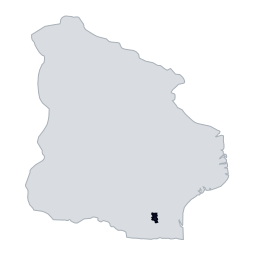 Afijio, Oyo, Nigeria (highlighted), rotated 271°
{"feature_id": "59680162B11241948791785", "entity_name": "Afijio", "entity_type": "district", "adm_level": 2, "iso_a3": "NGA", "parent_name": "Nigeria", "parent_adm1": "Oyo", "projection": "robinson", "projection_center": [3.925, 7.738], "detail": "fine", "context": "in_parent", "style": "filled", "palette": "ink", "viewbox_px": 256, "rotation_deg": 271, "n_neighbors": 0, "source": "geoboundaries", "source_scale": "gbopen_adm2", "svg_char_len": 4764}
<svg xmlns="http://www.w3.org/2000/svg" viewBox="0 0 256 256"><g transform="rotate(271 128 128)"><path d="M219.6,30.0L228.2,43.3L230.1,53.1L230.9,58.0L232.3,58.6L234.9,58.8L236.8,59.8L238.0,61.4L238.7,62.9L238.9,63.8L238.4,69.7L237.8,71.8L238.2,74.8L238.0,76.0L237.8,76.8L236.6,77.8L235.0,78.8L231.2,81.6L230.1,82.0L228.5,82.1L227.1,82.8L225.4,84.3L221.9,90.0L218.9,95.6L216.7,104.8L214.1,107.7L213.6,110.2L213.2,115.9L212.8,117.7L212.4,118.2L209.5,119.3L207.8,120.6L206.8,123.2L205.6,132.0L205.1,133.4L204.2,135.0L202.7,136.6L201.4,137.5L198.1,138.1L195.0,144.8L194.9,145.9L193.6,152.0L191.1,156.5L191.0,159.4L188.0,163.4L186.4,166.2L188.0,169.0L188.2,169.5L182.9,174.3L182.6,175.0L182.4,178.3L182.0,179.2L181.0,180.4L179.6,181.8L178.2,182.8L176.6,183.5L175.0,183.8L174.1,183.4L173.6,182.4L172.7,178.3L172.3,177.4L171.3,176.6L167.2,172.2L164.8,170.6L164.2,170.7L163.8,171.1L163.1,173.4L162.5,174.2L161.2,174.5L158.9,174.5L157.3,174.2L156.9,173.8L156.1,172.0L151.1,176.1L149.4,177.0L147.2,181.8L144.0,184.2L141.8,186.3L136.0,192.9L134.8,194.8L133.7,197.7L131.2,210.1L127.2,217.8L126.7,219.4L126.4,219.4L125.9,220.1L124.3,219.6L123.6,218.2L122.7,217.9L121.0,215.8L120.6,216.2L122.4,221.5L121.8,223.6L116.8,223.6L112.6,224.3L109.6,224.3L108.2,223.5L107.5,221.5L107.3,221.7L107.1,222.8L106.2,223.6L102.9,223.8L101.5,222.4L100.3,220.9L99.0,220.2L99.2,220.9L100.7,222.4L100.5,224.5L97.9,227.0L96.2,227.1L95.1,226.1L94.6,224.3L94.3,221.7L93.6,220.1L93.3,220.1L93.7,222.9L93.7,225.5L95.0,227.5L93.1,228.1L90.8,228.2L90.5,227.4L90.2,225.8L89.8,225.3L89.3,228.2L84.5,229.0L83.9,228.9L83.7,228.3L84.1,227.5L84.0,226.3L82.9,227.2L82.8,229.2L82.2,229.5L80.4,229.2L78.4,228.2L75.2,225.7L71.2,221.7L70.6,219.9L69.5,217.6L67.4,211.5L67.8,211.2L68.7,211.6L69.2,211.0L67.5,210.6L67.2,210.1L67.1,208.8L67.1,207.1L69.6,206.2L70.2,205.2L70.5,204.2L67.5,205.7L64.6,204.0L64.0,202.9L64.3,202.1L67.6,202.1L68.8,201.3L68.1,201.0L66.8,201.0L66.3,200.5L66.4,199.3L66.0,199.5L65.4,200.7L63.5,201.5L62.4,200.7L62.2,198.8L62.0,198.0L61.0,197.4L57.7,192.5L53.4,188.5L49.6,185.7L43.9,184.4L32.0,184.4L31.4,184.0L32.1,183.4L33.1,183.0L37.0,180.7L36.3,180.4L32.3,181.8L31.0,182.0L29.2,184.7L17.5,185.3L17.5,184.0L18.0,180.5L18.7,178.0L18.0,175.0L17.8,172.3L18.3,171.5L18.4,170.5L18.3,163.6L18.9,162.5L19.0,161.8L17.7,158.9L17.8,156.6L17.5,154.4L17.1,153.4L17.6,145.0L17.4,142.9L17.8,141.4L18.0,137.8L18.0,134.2L18.8,128.6L23.8,127.8L25.0,125.6L25.7,122.8L25.5,120.0L27.1,117.6L29.1,115.5L29.0,113.1L29.6,112.4L30.5,111.8L31.9,111.6L33.4,110.4L34.2,108.3L35.0,105.0L33.7,102.7L33.7,102.2L34.2,101.0L35.0,99.8L35.6,99.4L37.1,99.7L37.6,99.2L38.5,95.6L38.4,94.6L37.1,92.2L36.3,85.6L35.9,84.7L34.9,83.5L32.1,78.9L32.1,76.7L33.3,73.9L34.1,72.5L35.2,71.8L35.4,71.1L35.0,70.3L34.5,69.7L34.4,68.5L34.9,66.7L34.8,64.8L35.0,54.9L37.3,52.9L40.6,49.7L42.3,46.3L43.2,43.8L44.3,35.3L46.1,34.3L49.4,31.2L53.9,29.4L56.8,28.9L62.0,29.2L64.6,28.9L66.8,27.2L67.8,26.8L69.2,26.5L82.1,30.9L83.2,30.7L84.2,31.0L85.8,32.2L89.6,36.3L93.6,42.7L94.8,44.0L96.1,44.8L97.3,45.0L98.3,44.9L99.2,44.3L100.4,43.1L102.3,42.6L103.9,42.7L111.8,37.8L112.6,37.7L117.5,38.8L124.2,43.7L129.7,46.9L133.6,48.0L138.1,48.7L145.8,48.9L151.5,42.1L153.7,40.6L156.3,39.2L161.7,38.0L170.6,37.1L179.0,37.5L184.2,38.6L189.8,40.9L192.1,43.0L195.9,43.4L198.5,43.0L199.4,40.8L202.1,38.0L206.1,35.4L209.3,33.6L212.0,32.8L214.4,30.7L216.3,30.1L219.6,30.0ZM103.2,226.5L101.4,227.2L100.2,227.0L101.9,224.2L102.7,224.8L103.7,225.1L103.2,226.5Z" fill="#d9dde1" stroke="#a8b0b8" stroke-width="1"/><path d="M34.7,156.9L34.1,157.2L33.9,157.5L34.4,159.1L35.7,158.3L35.9,158.1L36.1,158.3L36.5,158.6L36.8,158.7L37.3,159.0L38.0,158.7L38.4,158.2L38.8,158.0L38.9,157.9L39.0,157.8L39.5,157.6L39.9,157.6L40.1,157.6L40.5,157.7L40.5,158.2L40.5,158.4L40.8,158.5L40.9,158.4L41.0,158.4L41.5,158.3L42.1,157.8L42.6,158.0L42.8,158.1L43.0,158.1L42.9,157.8L42.6,157.6L43.0,157.5L43.0,157.3L43.1,156.9L43.0,156.7L43.0,156.3L42.9,156.2L42.7,156.0L42.8,155.9L42.9,155.6L42.9,155.3L42.9,155.1L42.9,154.9L43.0,154.6L43.3,153.9L43.3,153.7L43.1,153.5L42.9,153.6L42.7,153.7L42.6,153.9L42.4,154.1L42.2,154.1L41.9,154.2L41.7,154.4L41.5,154.5L41.4,154.4L41.4,154.2L41.3,154.3L41.2,154.3L41.2,154.2L41.2,154.3L40.9,154.4L40.9,154.5L41.0,154.7L40.9,154.8L40.9,155.0L40.7,155.0L40.4,155.0L40.5,155.0L40.5,154.9L40.4,154.9L40.4,155.0L40.2,155.2L40.2,155.3L39.9,155.4L39.8,155.5L39.7,155.5L39.6,155.4L39.4,155.2L39.5,155.2L39.4,155.1L39.5,155.0L39.5,154.9L39.5,154.7L39.4,154.7L39.4,154.4L39.3,154.2L39.2,154.1L39.1,153.9L39.0,153.7L38.9,153.8L38.5,154.1L38.3,154.1L38.0,154.0L37.8,154.0L37.7,154.0L37.4,154.0L36.9,153.7L36.8,153.9L36.6,154.2L36.6,154.4L36.6,154.6L36.6,154.9L36.6,155.0L36.4,155.7L36.3,155.8L35.7,157.2L34.7,156.9Z" fill="#0f172a" stroke="#020617" stroke-width="1.5"/></g></svg>